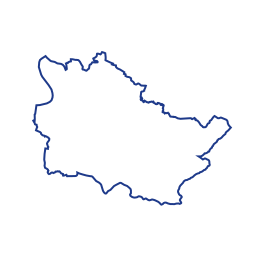 the district of Duc Tho, Ha Tinh, Vietnam, rotated 282°
{"feature_id": "81297802B16083563480391", "entity_name": "Duc Tho", "entity_type": "district", "adm_level": 2, "iso_a3": "VNM", "parent_name": "Vietnam", "parent_adm1": "Ha Tinh", "projection": "robinson", "projection_center": [105.62, 18.488], "detail": "fine", "context": "isolated", "style": "outline", "palette": "blue", "viewbox_px": 256, "rotation_deg": 282, "n_neighbors": 0, "source": "geoboundaries", "source_scale": "gbopen_adm2", "svg_char_len": 5804}
<svg xmlns="http://www.w3.org/2000/svg" viewBox="0 0 256 256"><g transform="rotate(282 128 128)"><path d="M186.7,103.2L186.6,100.6L186.8,99.3L187.6,99.8L187.9,99.9L188.4,97.1L189.6,91.9L189.9,91.8L191.3,91.7L192.7,91.4L196.4,90.2L196.6,89.6L196.8,86.8L194.9,86.2L194.3,85.8L194.5,83.7L194.4,82.7L194.2,82.3L192.0,82.4L191.3,82.2L189.9,81.0L189.0,79.8L188.8,79.6L187.5,80.4L187.2,80.6L187.0,81.3L187.0,83.9L186.3,84.6L185.9,84.5L185.3,82.4L184.9,79.6L184.8,79.4L182.6,78.5L182.1,77.7L181.7,77.4L181.1,77.3L178.7,77.5L177.9,77.4L177.2,76.7L175.7,75.7L175.4,75.4L175.4,74.7L175.9,72.8L175.8,71.6L176.0,71.3L176.4,71.1L178.4,71.1L179.2,70.5L180.2,69.4L182.8,67.2L183.9,65.7L184.1,65.1L183.9,63.2L183.7,62.3L183.7,59.4L183.4,57.8L181.3,58.3L181.0,57.6L180.4,56.5L179.8,56.0L179.1,55.6L179.2,55.0L178.4,54.3L178.2,53.9L177.1,54.5L173.3,55.8L172.7,55.8L171.9,54.9L174.9,52.9L176.2,51.2L176.6,50.0L176.8,49.1L176.5,45.5L177.4,42.6L177.4,38.9L177.7,38.0L178.5,36.6L179.9,34.1L181.2,32.4L177.8,29.0L176.2,27.8L173.9,27.5L169.1,28.1L162.1,32.0L160.2,33.6L153.5,41.4L149.8,45.1L146.5,46.8L144.1,47.6L142.1,47.8L139.2,47.4L137.3,46.1L135.2,43.5L132.1,37.0L131.2,33.7L122.5,34.3L121.8,33.9L117.2,35.0L115.5,35.2L115.8,34.1L115.5,33.8L114.3,34.8L113.8,35.5L113.1,35.8L112.3,36.3L112.2,36.9L112.2,37.9L111.1,38.3L110.1,39.0L109.8,39.0L108.8,38.7L106.6,38.5L105.7,42.9L105.2,43.8L104.3,44.1L103.1,45.9L103.1,47.6L102.4,48.4L102.9,48.7L102.7,50.2L102.3,51.0L102.0,52.3L101.4,52.7L101.0,53.3L99.8,53.4L98.7,53.0L97.3,52.3L96.0,52.0L95.6,52.1L94.7,52.7L93.7,53.2L92.9,54.0L92.4,53.7L91.0,54.0L90.8,51.4L85.3,51.8L79.9,52.6L79.2,52.8L76.7,53.9L74.5,54.2L73.8,54.2L71.9,55.1L71.0,57.7L70.5,58.4L70.1,58.5L69.7,59.0L68.2,58.6L67.9,58.7L66.9,59.5L66.5,60.3L67.2,61.5L67.9,61.9L68.5,62.5L68.7,63.3L68.7,63.7L68.4,64.3L69.4,65.8L70.3,66.2L70.4,67.1L71.0,67.9L70.9,68.9L71.3,69.5L71.3,70.1L69.7,72.1L69.5,74.0L69.0,74.2L68.3,74.2L67.9,74.5L68.3,75.5L69.4,77.5L68.2,78.4L70.0,86.3L70.4,87.2L70.9,87.7L71.3,87.9L72.2,88.1L73.0,88.0L73.9,87.7L73.4,89.9L73.1,93.6L72.9,97.2L73.0,100.7L73.2,102.6L72.8,103.6L69.5,107.9L68.6,110.9L67.7,112.6L66.8,113.6L61.4,116.6L60.0,117.9L59.3,119.1L59.2,119.5L59.4,120.2L59.8,120.5L62.1,121.6L63.8,123.7L68.3,126.4L69.9,128.2L72.7,131.6L72.8,132.1L72.8,132.7L71.6,136.1L71.1,139.2L70.0,141.3L68.9,143.1L67.7,143.8L65.0,144.4L64.5,144.4L63.6,143.9L63.1,143.9L62.3,144.4L62.0,144.9L61.4,146.3L61.2,147.8L61.3,149.0L61.8,150.4L62.4,151.6L63.2,152.3L63.5,152.9L63.5,154.8L63.2,155.8L62.9,156.3L61.7,157.5L61.5,157.9L61.6,158.3L62.7,159.9L62.8,160.2L61.8,162.8L61.7,163.9L62.4,165.3L63.1,166.4L63.1,168.0L62.9,169.6L62.1,172.9L61.4,174.3L60.1,176.1L60.0,176.7L60.9,177.9L61.6,178.2L62.0,178.5L62.6,179.4L62.8,179.9L62.9,180.9L62.5,182.9L62.4,185.3L63.2,189.2L64.1,191.0L64.5,192.4L64.7,193.1L64.5,194.1L64.7,194.6L65.3,195.4L65.6,195.6L66.2,195.5L67.7,194.1L68.3,193.7L69.3,193.9L71.4,194.9L72.0,194.8L72.8,193.9L73.1,192.7L73.7,191.8L75.6,190.4L76.5,190.1L77.4,190.1L79.3,190.7L80.7,190.6L82.4,191.1L86.0,193.3L87.3,193.6L88.5,194.6L88.9,195.1L89.5,196.7L90.5,197.8L91.3,199.2L92.2,199.7L93.3,201.3L94.6,202.3L95.2,202.6L97.1,204.3L98.1,205.8L98.7,207.1L99.8,207.7L100.1,208.5L100.7,209.4L101.8,210.4L102.6,211.0L103.4,212.4L104.2,212.6L105.3,213.5L107.2,214.0L107.7,214.9L108.3,215.5L109.0,215.6L110.0,215.1L112.4,214.4L113.1,213.9L113.6,212.7L113.8,211.5L114.2,210.3L114.2,209.5L112.8,207.8L114.3,204.6L114.9,203.0L115.3,204.9L116.0,206.0L116.8,206.8L118.2,207.8L119.1,208.2L119.2,209.0L120.0,210.2L120.8,211.1L121.6,211.4L121.9,212.3L123.2,212.4L124.3,212.8L125.2,213.3L126.2,214.2L127.1,214.2L127.7,214.4L128.2,214.9L128.9,215.0L130.0,215.3L132.9,217.7L133.6,217.9L134.4,217.9L134.7,218.3L136.0,218.9L136.2,219.2L136.7,220.3L138.0,221.5L140.3,222.8L142.4,224.5L143.8,224.6L144.7,225.1L146.5,226.6L149.8,228.5L150.9,226.9L151.7,225.9L153.1,224.8L155.3,223.9L156.1,223.2L156.3,222.7L156.6,222.1L157.5,217.0L157.5,216.6L156.5,215.0L156.3,213.8L157.4,211.1L157.7,210.1L156.2,209.1L152.9,207.7L152.2,206.7L151.4,206.4L150.6,206.7L150.1,206.6L149.7,206.4L149.0,205.3L148.7,205.1L145.6,204.2L144.9,203.5L144.4,201.8L144.5,201.1L145.3,200.2L145.5,199.6L146.1,198.4L148.4,196.2L149.7,194.4L149.7,194.2L149.8,193.4L149.7,192.9L149.9,192.4L150.1,192.1L150.4,192.1L150.7,192.4L151.0,192.2L151.6,190.9L151.0,190.4L150.8,189.8L150.0,188.9L150.1,188.4L150.6,187.7L150.6,187.1L147.9,177.4L147.8,174.7L148.6,171.9L148.4,171.2L148.5,170.4L148.2,170.0L148.3,169.7L148.0,167.1L148.3,166.7L149.2,166.0L149.9,165.3L150.6,165.0L150.8,164.3L151.2,163.9L150.8,163.4L150.6,162.4L150.4,162.2L150.5,161.4L149.9,160.9L150.5,160.3L150.5,159.3L150.8,158.5L151.1,158.5L151.7,158.9L152.1,158.5L152.7,158.7L153.9,158.5L154.6,157.9L156.3,158.2L156.9,157.7L157.2,158.1L157.5,158.2L158.0,157.8L158.0,157.2L158.5,156.3L158.5,156.0L158.3,155.9L158.0,156.1L157.7,156.7L157.4,156.6L157.4,155.2L158.4,154.4L158.7,153.8L158.8,152.1L158.7,151.8L157.8,151.9L157.5,151.6L157.2,150.9L157.2,150.0L157.7,149.3L158.1,147.6L158.4,147.3L159.1,147.4L159.2,147.2L158.6,146.4L158.7,145.3L158.2,144.7L157.9,143.5L157.3,143.2L157.0,142.6L157.3,141.8L157.2,140.9L157.6,140.1L158.2,138.4L157.7,138.1L157.2,138.5L156.6,138.0L156.8,137.5L157.8,136.7L158.0,134.9L158.7,134.4L159.0,134.4L159.2,134.7L159.1,135.5L159.3,135.7L159.7,135.8L160.8,134.9L160.9,134.6L160.8,134.0L161.0,133.8L163.2,133.7L165.9,133.4L166.5,133.9L166.8,134.9L167.8,136.1L168.3,135.9L170.4,136.4L173.0,136.7L173.0,136.0L172.8,135.3L172.3,132.3L172.4,131.8L173.4,130.0L173.7,129.0L173.5,128.4L172.4,127.2L172.2,126.8L172.4,125.1L173.7,124.2L174.2,123.5L175.2,121.2L176.8,120.8L177.5,120.3L178.0,118.5L177.9,116.6L178.4,114.7L180.0,114.5L180.1,114.3L180.1,112.8L181.8,112.8L183.5,108.2L184.1,105.3L185.0,103.8L185.4,103.5L186.7,103.2Z" fill="none" stroke="#1e3a8a" stroke-width="2"/></g></svg>